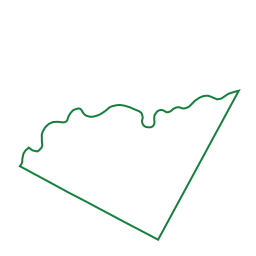 outline of Platte, Missouri, United States of America, rotated 118°
{"feature_id": "52423323B635722871414", "entity_name": "Platte", "entity_type": "district", "adm_level": 2, "iso_a3": "USA", "parent_name": "United States of America", "parent_adm1": "Missouri", "projection": "natural_earth1", "projection_center": [-94.851, 39.343], "detail": "fine", "context": "isolated", "style": "outline", "palette": "green", "viewbox_px": 256, "rotation_deg": 118, "n_neighbors": 0, "source": "geoboundaries", "source_scale": "gbopen_adm2", "svg_char_len": 1575}
<svg xmlns="http://www.w3.org/2000/svg" viewBox="0 0 256 256"><g transform="rotate(118 128 128)"><path d="M212.5,49.0L43.1,47.7L46.6,51.5L49.9,54.7L51.7,56.0L57.8,59.2L58.8,60.1L60.2,61.8L60.8,62.8L61.0,64.1L61.5,70.0L61.9,72.3L62.4,73.4L64.1,76.0L65.2,77.1L66.6,78.3L68.2,79.4L72.5,81.7L79.3,83.7L81.2,84.5L83.9,86.9L85.0,88.7L85.7,92.7L87.0,94.8L88.4,95.9L89.3,96.7L93.1,98.2L94.3,99.1L95.5,100.4L96.0,101.6L95.9,104.1L96.0,105.8L96.2,106.6L97.4,108.4L98.2,109.1L98.8,109.5L99.1,109.7L100.3,110.1L103.8,110.6L105.1,110.3L106.3,109.8L108.4,108.7L111.0,107.0L113.3,106.7L114.4,106.8L115.3,107.2L116.7,108.3L118.0,110.8L118.6,112.5L118.7,114.3L117.9,116.5L116.6,118.0L114.7,119.2L112.7,119.6L111.9,119.9L110.8,120.7L109.2,122.3L108.4,123.3L108.2,124.1L108.2,124.5L108.0,125.8L108.9,136.3L109.4,138.9L109.8,141.2L110.6,143.6L111.6,146.2L113.2,148.7L116.0,152.0L117.5,153.3L118.9,154.2L122.6,155.6L126.1,157.3L129.8,159.6L132.6,162.1L134.8,164.7L136.1,167.4L136.7,170.9L136.6,172.3L136.0,174.1L133.6,178.4L133.6,179.8L134.1,181.0L134.7,181.8L137.4,184.3L138.4,184.9L141.5,185.7L145.5,186.0L149.7,185.3L150.9,185.5L151.7,185.9L152.9,187.0L153.7,188.3L155.4,192.7L157.9,197.0L161.5,199.8L165.0,201.1L166.9,201.5L171.2,201.6L174.4,201.0L180.5,197.6L183.5,195.5L185.9,195.1L189.7,196.1L191.4,197.3L192.0,199.6L192.6,202.0L191.9,206.4L195.9,207.9L199.5,208.3L204.9,206.8L207.7,205.4L210.1,205.2L212.5,205.6L212.5,197.1L212.6,190.3L212.7,168.9L212.8,160.0L212.9,150.7L212.7,132.2L212.7,116.3L212.7,80.3L212.6,74.3L212.5,49.0Z" fill="none" stroke="#15803d" stroke-width="2"/></g></svg>